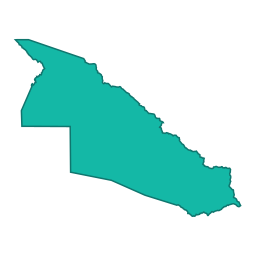 Jimi District, Western Highlands, Papua New Guinea
{"feature_id": "67681753B26573357069197", "entity_name": "Jimi District", "entity_type": "district", "adm_level": 2, "iso_a3": "PNG", "parent_name": "Papua New Guinea", "parent_adm1": "Western Highlands", "projection": "albers", "projection_center": [144.768, -5.523], "detail": "fine", "context": "isolated", "style": "filled", "palette": "teal", "viewbox_px": 256, "rotation_deg": 0, "n_neighbors": 0, "source": "geoboundaries", "source_scale": "gbopen_adm2", "svg_char_len": 5860}
<svg xmlns="http://www.w3.org/2000/svg" viewBox="0 0 256 256"><path d="M70.6,172.2L111.4,180.3L145.0,195.2L176.9,205.2L178.0,204.8L178.3,204.8L179.9,206.0L180.4,206.2L180.9,207.1L181.7,207.5L182.4,207.7L182.9,208.1L183.2,208.6L183.9,209.0L184.4,209.6L185.0,209.8L185.5,209.8L186.0,210.2L186.4,210.3L187.0,211.0L187.4,211.3L187.8,212.1L187.9,212.7L187.8,213.5L188.0,213.6L189.2,213.4L189.6,213.7L190.2,214.5L190.7,214.6L191.1,215.2L191.7,215.8L192.3,216.2L193.0,216.3L193.6,215.9L193.8,215.8L194.0,216.0L194.4,216.2L194.8,216.2L195.6,215.5L196.0,215.1L196.2,214.4L197.6,214.8L199.5,214.3L199.9,213.5L200.8,213.5L201.2,213.1L201.6,213.0L202.6,213.0L203.5,212.1L203.9,212.1L204.2,212.4L204.7,212.7L205.0,213.0L205.8,213.2L206.5,213.4L207.0,213.9L207.2,214.6L207.5,215.1L207.9,215.5L208.2,215.4L209.0,214.3L209.4,213.8L210.6,213.0L211.8,211.6L212.1,211.6L213.2,212.2L213.5,211.9L214.6,211.5L215.2,211.1L216.1,210.8L216.7,210.8L217.3,210.4L218.3,210.6L219.5,210.4L220.1,209.9L220.6,209.8L221.0,209.5L221.5,209.3L221.8,208.7L222.6,207.9L223.5,207.4L224.0,206.7L224.3,206.6L224.8,206.7L225.2,206.5L226.0,206.4L226.5,205.7L227.3,205.1L228.3,205.4L228.8,204.9L232.3,203.9L233.2,203.7L233.8,203.8L235.8,204.6L237.5,206.3L237.9,206.4L238.5,206.6L239.0,206.7L239.6,206.4L240.4,205.7L240.6,205.6L239.7,203.9L239.3,202.9L238.9,202.0L238.1,201.8L237.2,201.3L236.9,200.4L236.4,199.1L235.3,198.2L234.3,197.8L233.7,197.6L233.5,197.2L233.6,196.8L234.0,195.8L234.2,194.6L234.1,194.3L233.7,192.7L233.5,191.8L233.5,191.0L233.4,190.2L233.2,189.8L232.9,189.7L232.2,189.7L231.1,188.3L230.9,188.2L229.2,186.4L229.1,185.9L229.2,185.1L229.6,184.8L229.8,183.8L230.1,183.1L230.2,182.3L230.7,181.5L230.6,181.1L230.4,180.8L230.1,179.8L230.4,178.6L230.7,178.0L230.7,176.2L230.5,175.7L229.9,175.2L229.8,174.1L229.7,173.6L229.9,172.9L230.3,172.2L230.4,171.8L230.2,171.2L230.5,170.0L230.5,169.5L229.9,168.5L229.6,168.2L229.3,168.2L228.7,168.4L227.0,168.3L226.7,167.9L226.1,167.5L225.8,167.4L225.4,167.5L225.1,167.8L224.7,168.0L224.3,167.7L223.5,167.9L222.6,167.6L222.4,167.0L222.2,166.8L221.5,166.7L220.7,167.3L220.0,167.2L219.1,167.4L218.6,167.3L218.2,167.3L217.5,167.0L216.5,166.5L215.8,166.5L214.4,167.0L213.6,167.0L213.3,168.1L212.0,168.6L209.5,168.1L208.8,167.7L208.4,167.2L208.1,167.0L207.7,166.7L206.6,166.7L205.8,166.4L205.3,166.4L204.8,165.9L204.4,166.0L204.2,165.7L204.2,165.4L203.9,165.0L203.4,164.6L202.9,164.3L203.2,163.1L203.9,161.7L203.8,161.4L203.6,160.9L203.9,160.0L203.9,159.3L204.2,158.3L203.4,158.0L202.8,158.2L202.4,158.0L201.7,157.3L201.0,157.4L200.4,157.1L200.0,157.0L199.9,154.8L199.4,154.6L199.1,154.2L198.1,153.7L197.6,152.7L197.3,152.5L197.1,152.1L196.4,151.1L196.0,151.2L195.6,151.4L195.1,151.4L194.6,151.4L193.9,151.5L193.4,151.6L192.9,151.5L192.1,151.4L191.9,150.9L191.5,150.7L190.9,150.7L190.6,150.6L190.5,150.2L190.2,150.1L189.8,150.3L189.0,150.0L188.3,149.9L187.5,149.2L186.8,148.6L186.3,148.0L185.6,148.0L184.9,147.4L184.8,147.0L184.2,145.9L183.4,144.6L182.7,144.4L182.4,144.1L181.9,143.8L181.0,142.6L180.3,141.8L179.8,141.2L179.4,140.3L179.6,139.8L179.6,139.4L179.2,138.5L179.3,138.0L179.2,137.7L177.8,137.3L177.3,136.8L176.6,136.1L176.1,135.3L175.9,135.2L175.1,135.3L174.6,135.2L173.9,135.2L173.4,135.7L173.0,135.8L172.3,135.0L171.5,134.5L170.5,134.0L169.5,133.6L168.6,133.8L168.4,133.5L168.3,133.2L167.7,133.2L167.2,132.8L166.4,132.7L165.7,133.1L165.1,133.4L163.8,133.0L163.1,133.2L162.3,132.6L162.4,132.0L162.2,131.3L161.9,130.9L161.8,130.5L161.5,130.2L161.5,129.6L161.3,129.3L161.4,128.9L161.3,128.6L161.2,128.3L160.9,127.7L159.6,127.4L159.7,127.0L160.7,126.1L161.4,125.0L161.3,124.6L161.8,123.4L162.3,122.5L162.6,122.5L163.3,122.6L163.2,122.3L162.7,122.1L162.4,121.8L162.0,121.5L161.3,121.4L159.7,120.5L159.6,120.2L159.8,119.7L159.9,119.3L159.7,118.8L159.4,118.4L158.1,118.5L157.4,118.3L156.9,118.4L156.5,118.2L155.9,117.7L155.5,117.3L155.3,116.8L155.1,116.1L154.9,115.4L154.6,114.8L154.1,114.2L153.4,114.0L150.8,113.6L149.5,113.4L149.2,113.5L148.8,113.5L148.5,113.1L148.0,112.7L147.2,111.6L146.6,111.2L146.3,110.6L146.0,110.5L145.4,110.6L145.0,110.3L144.8,109.8L144.5,108.0L144.1,107.2L143.8,107.0L143.2,106.8L142.4,106.7L142.1,106.6L141.3,105.8L140.2,105.5L139.5,105.2L139.1,104.9L139.1,104.5L139.5,103.8L139.0,103.5L138.6,103.1L138.0,102.3L137.5,102.0L136.7,101.2L135.9,100.6L135.2,99.9L134.6,99.5L134.1,99.0L133.7,98.2L133.1,97.8L132.5,97.5L131.7,96.6L131.2,96.7L130.5,95.9L129.7,95.3L129.4,94.3L129.2,93.9L128.5,93.5L127.7,92.9L127.0,92.9L126.3,92.4L125.6,91.7L124.6,90.7L123.9,90.1L123.1,89.2L122.6,89.1L121.5,88.4L120.7,87.1L120.1,86.7L119.4,86.7L118.8,87.0L118.2,87.2L117.4,87.0L116.6,87.0L115.3,86.6L112.5,86.2L112.2,86.4L111.8,86.8L111.4,86.9L110.3,85.6L108.5,83.7L108.1,83.5L107.5,83.5L106.4,83.5L105.3,83.2L104.8,82.8L104.3,83.4L103.8,83.7L103.3,83.5L102.7,82.8L102.4,82.2L102.8,80.7L102.6,80.2L102.2,78.3L102.3,76.7L101.5,75.8L101.3,75.0L101.1,74.6L99.6,73.5L98.9,73.1L98.0,73.0L97.6,72.5L97.8,72.1L97.8,71.8L97.6,71.2L96.9,70.5L96.5,69.9L96.3,69.4L96.2,68.7L96.4,67.7L96.1,66.8L96.0,65.6L95.8,64.8L95.4,64.3L94.9,64.0L94.0,63.7L91.5,64.0L89.1,64.1L88.6,63.7L88.0,63.5L87.1,63.1L85.8,62.3L85.5,62.4L85.3,62.4L85.0,61.7L85.1,61.3L85.1,60.8L83.7,58.6L70.2,54.0L28.6,39.7L16.8,39.7L15.4,39.8L17.6,42.1L18.2,42.5L18.9,43.6L19.3,44.8L20.4,45.0L21.8,46.4L22.1,47.7L23.0,48.0L24.2,49.1L25.2,49.7L26.8,51.5L27.2,52.7L28.0,53.4L28.5,54.5L30.3,56.0L31.6,57.3L32.8,59.1L33.6,59.6L35.4,59.3L36.7,60.0L38.0,62.2L39.0,61.5L40.4,61.4L41.2,62.9L42.2,63.2L42.6,64.5L43.4,66.4L44.6,68.6L43.0,69.9L42.1,72.5L41.4,73.0L41.6,73.8L41.3,74.8L39.8,74.6L39.4,75.9L38.4,76.0L38.2,76.7L36.8,76.5L37.0,77.2L36.1,77.6L35.1,78.4L34.6,79.7L34.9,80.4L35.4,80.2L35.8,82.4L35.2,82.4L34.5,83.4L33.9,84.6L33.2,85.1L32.9,84.6L32.5,84.9L32.3,83.9L31.7,84.3L31.5,85.8L31.9,86.5L21.4,110.6L21.9,126.3L70.2,126.5L70.6,172.2Z" fill="#14b8a6" stroke="#0f766e" stroke-width="1.5"/></svg>